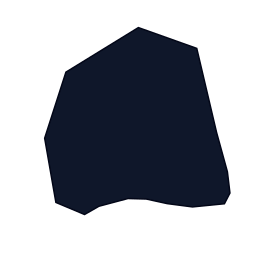 SVG path tracing the border of Yevlakh, rotated 77°
{"feature_id": "AZE-5566", "entity_name": "Yevlakh", "entity_type": "Municipality", "adm_level": 1, "iso_a3": "AZE", "parent_name": "Azerbaijan", "parent_adm1": "", "projection": "equal_earth", "projection_center": [47.164, 40.605], "detail": "fine", "context": "isolated", "style": "filled", "palette": "ink", "viewbox_px": 256, "rotation_deg": 77, "n_neighbors": 0, "source": "natural_earth", "source_scale": "10m", "svg_char_len": 351}
<svg xmlns="http://www.w3.org/2000/svg" viewBox="0 0 256 256"><g transform="rotate(77 128 128)"><path d="M193.0,41.0L214.3,43.3L223.5,51.1L219.4,82.9L210.5,106.8L201.3,126.2L196.7,143.9L197.7,173.9L202.5,189.8L184.3,215.0L119.2,211.5L59.6,175.9L32.5,95.3L65.9,43.1L152.2,42.7L193.0,41.0Z" fill="#0f172a" stroke="#020617" stroke-width="1.5"/></g></svg>